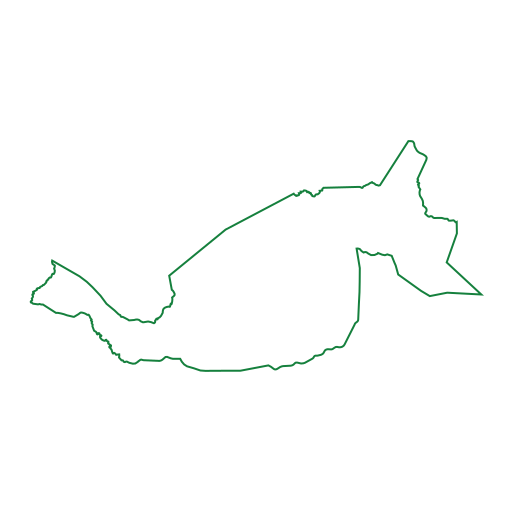 San Marcos, Ocotepeque, Honduras (orthographic projection)
{"feature_id": "27666195B1401458590490", "entity_name": "San Marcos", "entity_type": "district", "adm_level": 2, "iso_a3": "HND", "parent_name": "Honduras", "parent_adm1": "Ocotepeque", "projection": "orthographic", "projection_center": [-88.963, 14.406], "detail": "fine", "context": "isolated", "style": "outline", "palette": "green", "viewbox_px": 512, "rotation_deg": 0, "n_neighbors": 0, "source": "geoboundaries", "source_scale": "gbopen_adm2", "svg_char_len": 5993}
<svg xmlns="http://www.w3.org/2000/svg" viewBox="0 0 512 512"><path d="M481.3,294.5L446.7,262.4L456.9,233.4L456.7,222.0L456.2,222.3L455.7,222.3L454.2,220.7L453.4,220.3L450.4,220.7L449.0,220.7L448.4,220.2L447.8,219.1L447.3,218.8L444.7,218.8L442.0,218.0L440.9,217.9L434.1,218.0L433.2,217.6L432.1,216.5L431.2,216.2L430.5,216.2L429.4,216.7L428.7,216.6L428.0,216.3L425.4,214.0L425.2,213.5L425.3,213.0L426.5,211.0L426.6,210.1L426.5,209.2L426.2,208.4L425.7,207.8L423.8,206.1L423.3,205.9L423.0,205.4L423.1,203.1L422.8,200.9L421.9,198.9L420.1,196.0L419.6,194.3L419.5,192.2L419.9,190.3L420.3,189.4L418.6,186.9L418.6,186.5L418.9,186.0L418.9,185.8L418.3,185.2L418.0,184.7L418.2,184.3L419.0,183.9L419.2,183.5L419.2,183.2L418.8,182.7L417.4,182.1L417.3,181.8L417.6,181.0L418.1,180.1L417.9,179.4L417.5,179.0L426.3,159.9L426.7,157.9L426.1,156.5L424.6,155.3L423.0,154.3L419.5,152.8L418.0,151.7L416.9,150.6L415.4,147.9L414.6,146.3L414.1,143.3L413.1,141.7L412.2,141.3L410.5,141.1L408.4,141.1L380.0,185.2L378.6,185.6L378.0,185.4L377.3,185.1L376.3,185.0L375.3,184.4L374.7,183.8L374.1,183.4L372.3,182.7L372.1,182.2L371.9,182.2L371.5,182.3L370.9,182.8L370.0,183.1L368.2,184.4L366.1,185.1L365.1,185.8L364.0,186.1L363.2,186.7L362.6,187.7L362.1,187.9L361.6,187.8L360.4,187.1L359.1,186.9L323.5,187.8L322.3,189.1L322.2,189.6L322.3,190.2L322.2,190.5L319.7,190.8L320.0,191.7L319.3,193.1L317.7,194.3L316.7,194.3L315.7,194.6L314.8,196.1L314.5,196.4L314.1,196.4L313.1,196.3L312.3,196.0L312.0,195.0L311.1,194.5L311.0,193.6L310.7,193.0L310.5,192.9L310.0,193.2L309.4,193.1L308.8,191.9L308.4,191.8L307.8,192.1L307.1,192.2L306.8,191.7L306.8,191.2L306.5,190.9L305.1,190.5L304.0,190.4L303.7,190.6L303.3,191.3L302.6,191.7L300.6,191.6L300.6,192.3L300.9,192.9L300.6,193.1L298.9,193.2L299.1,193.8L299.2,194.5L299.0,194.9L298.7,195.2L297.9,195.4L297.1,195.3L296.9,195.8L296.2,195.9L294.1,194.3L293.7,193.7L225.6,229.6L169.2,275.7L171.8,289.8L172.9,290.7L173.8,292.1L174.6,293.8L174.6,295.0L174.0,295.9L172.1,297.5L172.4,299.0L172.2,301.4L171.8,303.3L171.6,304.0L171.3,304.3L171.0,304.3L170.8,303.8L170.6,304.0L170.0,306.6L169.7,306.8L168.6,306.6L166.6,307.0L164.9,307.7L163.9,308.5L163.4,309.1L163.0,310.1L162.8,311.3L162.7,312.8L161.0,315.9L159.6,317.4L158.1,318.1L157.9,318.4L157.7,319.0L157.5,319.3L157.0,319.3L156.7,318.7L156.4,318.8L155.1,320.8L155.2,321.7L155.0,322.3L154.6,322.8L154.0,323.2L153.8,323.2L151.0,322.1L148.1,321.5L143.9,322.2L143.0,322.3L140.9,321.4L139.0,319.9L137.4,319.5L136.2,319.5L134.1,320.0L129.1,320.4L127.6,319.4L123.2,317.1L122.5,316.9L121.6,316.9L121.0,316.7L120.7,316.3L120.5,315.6L120.2,315.1L118.6,314.3L114.5,310.4L106.5,303.8L100.5,295.7L92.5,287.2L86.8,281.8L79.5,276.3L52.2,260.6L52.0,261.6L52.2,262.8L52.6,264.0L54.8,265.5L54.8,266.3L54.4,268.1L54.1,268.6L54.8,270.5L54.8,270.8L54.6,272.3L54.1,273.5L53.7,274.0L52.8,273.8L52.4,274.0L51.9,274.9L51.4,276.6L51.0,277.4L50.6,277.6L49.8,277.5L48.9,278.2L48.5,278.7L48.3,279.5L47.5,279.8L47.3,280.5L46.5,281.0L46.3,281.4L46.3,282.2L46.1,282.6L44.2,284.6L43.7,285.0L42.9,285.1L42.2,286.0L40.2,286.9L40.0,287.2L39.8,287.7L39.6,288.0L38.1,288.1L37.1,288.5L36.8,288.9L37.1,289.5L36.9,289.8L35.3,290.8L33.1,291.8L33.1,292.3L33.8,292.8L33.9,293.4L33.6,293.9L32.7,294.1L32.4,294.5L32.4,295.1L32.9,295.7L33.0,296.2L32.7,297.4L31.8,298.5L32.1,299.6L32.2,300.1L31.8,300.7L30.9,301.3L30.7,301.9L31.0,302.5L31.8,302.7L32.4,303.2L33.1,303.7L37.5,304.3L38.4,304.3L39.5,304.0L41.2,304.5L42.9,304.5L56.0,312.9L58.1,312.9L60.8,313.4L63.9,314.2L67.0,315.3L73.4,316.8L74.1,316.8L78.6,314.1L80.1,312.9L81.0,312.5L82.5,312.7L84.2,313.2L85.4,313.7L87.2,314.8L87.7,314.9L88.4,314.7L88.7,314.8L89.4,315.8L90.6,318.4L91.6,319.5L91.5,319.8L91.1,320.2L91.0,320.6L91.3,320.9L91.8,321.2L92.1,321.5L92.1,322.0L91.7,322.7L91.7,323.2L91.9,323.7L92.6,324.5L92.7,325.0L92.4,325.8L92.4,326.2L94.1,330.7L94.5,331.0L95.5,331.5L96.2,332.1L96.6,332.7L96.8,333.8L97.2,334.3L97.5,334.4L97.9,334.2L98.1,334.0L98.3,333.2L98.6,333.1L98.9,333.1L99.4,333.5L99.6,334.3L99.9,334.8L101.2,335.4L101.4,335.8L101.2,336.1L100.9,336.2L100.4,336.0L100.1,336.3L100.0,337.1L100.6,338.3L102.1,339.8L103.5,340.5L104.7,340.8L105.3,340.6L105.7,339.9L106.2,339.8L106.5,340.1L106.7,340.7L107.0,341.1L108.3,341.6L108.5,342.1L108.1,342.9L108.2,343.5L108.5,343.8L109.4,344.2L109.8,345.1L110.1,345.2L110.6,345.1L111.0,345.5L111.0,346.0L110.8,346.5L110.3,346.8L109.5,346.6L109.3,346.8L109.3,347.1L109.5,347.4L110.2,347.3L110.5,347.6L110.5,348.5L111.5,349.6L112.2,351.9L112.8,353.4L113.2,353.5L113.7,353.0L114.2,352.9L115.4,353.7L116.0,354.7L116.3,354.8L117.8,354.5L119.2,354.4L119.3,355.9L119.0,357.3L119.1,357.6L121.4,360.2L121.7,360.4L122.4,360.3L123.0,360.5L123.3,360.9L123.7,361.7L124.3,362.0L124.9,362.1L126.1,361.6L126.9,361.6L129.3,362.8L132.9,363.7L135.3,363.5L137.9,361.8L138.5,361.1L139.3,360.7L139.9,360.1L141.1,359.6L143.5,360.2L159.5,360.9L161.0,360.5L162.4,359.7L165.5,357.0L167.1,356.9L170.7,358.3L172.9,358.8L180.2,358.8L181.8,361.7L184.1,364.4L187.0,366.3L193.9,368.3L200.4,370.5L205.9,370.9L211.1,370.8L240.5,370.7L268.4,365.4L271.0,366.8L273.9,369.0L274.9,369.4L275.9,369.4L277.2,368.9L280.2,367.0L282.0,366.3L283.4,366.1L290.7,365.7L292.0,365.4L293.4,364.7L295.0,363.1L295.9,362.6L297.3,362.6L301.1,363.5L303.3,363.3L304.9,362.8L312.5,358.6L313.3,357.9L314.2,356.4L314.8,355.9L315.4,355.7L316.7,355.7L317.7,355.6L321.0,354.8L322.2,354.2L322.9,353.7L323.5,353.0L324.9,350.5L325.5,350.0L326.4,349.5L327.8,349.2L331.1,349.4L331.9,349.3L332.8,348.9L334.5,347.7L335.8,347.0L337.0,346.9L339.2,347.3L340.8,347.2L342.3,346.7L343.7,345.7L344.6,344.4L354.5,324.8L354.9,323.8L355.5,323.0L356.7,322.1L357.5,321.4L358.0,320.6L358.2,319.7L358.9,303.7L359.5,292.0L359.7,281.1L359.8,268.1L356.6,248.6L357.8,248.5L359.7,249.0L361.6,251.1L363.6,252.5L365.1,252.0L366.6,252.3L368.2,253.5L371.1,255.1L374.5,255.0L377.5,253.7L378.0,253.0L382.2,254.7L384.9,255.2L387.3,254.4L391.7,255.8L394.5,262.8L395.7,265.5L398.2,274.5L421.1,290.9L429.8,296.1L447.2,292.7L481.3,294.5Z" fill="none" stroke="#15803d" stroke-width="2"/></svg>